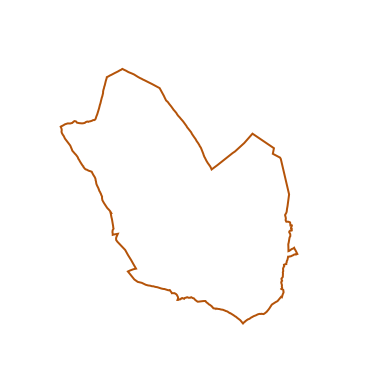 Kiteto, Manyara, United Republic of Tanzania, rotated 332°
{"feature_id": "72390352B80776151350042", "entity_name": "Kiteto", "entity_type": "district", "adm_level": 2, "iso_a3": "TZA", "parent_name": "United Republic of Tanzania", "parent_adm1": "Manyara", "projection": "robinson", "projection_center": [36.709, -5.194], "detail": "fine", "context": "isolated", "style": "outline", "palette": "amber", "viewbox_px": 384, "rotation_deg": 332, "n_neighbors": 0, "source": "geoboundaries", "source_scale": "gbopen_adm2", "svg_char_len": 6001}
<svg xmlns="http://www.w3.org/2000/svg" viewBox="0 0 384 384"><g transform="rotate(332 192 192)"><path d="M107.6,252.2L109.4,253.9L111.1,255.1L112.4,256.4L113.6,257.1L115.0,258.5L116.7,259.8L119.7,262.9L121.1,264.1L122.1,264.7L125.0,267.7L126.3,268.1L126.5,268.7L126.4,269.5L126.6,270.1L126.7,270.8L126.8,271.5L126.7,271.9L127.2,272.1L128.0,272.6L128.9,273.0L129.3,273.4L129.4,273.8L130.0,274.6L130.3,275.6L130.3,277.9L130.1,278.8L129.7,279.4L128.5,280.5L129.0,280.8L129.4,280.8L130.6,280.9L130.8,281.0L131.0,281.2L131.4,281.3L131.9,281.1L132.3,281.1L132.8,280.9L133.1,281.2L133.8,281.2L134.2,281.7L134.7,282.2L134.9,282.6L135.2,282.5L136.0,282.2L137.6,282.6L138.3,282.6L139.1,283.5L139.5,283.9L140.8,284.5L141.7,284.5L142.0,284.6L142.1,284.8L142.8,286.0L143.6,286.6L143.8,287.2L144.1,288.5L144.3,289.1L145.4,291.4L146.3,291.9L150.5,293.5L152.2,294.3L152.7,294.6L152.8,295.0L152.9,296.1L153.6,297.4L154.2,299.2L154.8,300.0L155.4,301.4L155.7,301.8L155.8,302.8L156.0,303.1L156.3,304.7L156.6,304.8L157.0,305.3L158.4,306.2L158.4,306.5L159.0,306.5L159.4,306.8L160.0,307.4L161.1,308.1L162.6,309.5L163.5,310.1L164.2,310.7L164.9,311.6L165.3,312.0L166.0,313.0L166.4,313.3L167.2,314.2L167.9,315.6L168.6,316.8L168.9,316.9L170.8,320.2L171.8,322.2L172.3,322.9L172.8,324.3L174.2,327.3L174.5,328.1L175.3,332.1L175.5,332.1L175.8,331.8L176.4,331.6L177.3,331.4L177.8,331.4L178.8,331.0L179.7,331.0L180.3,330.8L181.3,330.8L181.8,330.7L182.6,330.9L183.4,330.9L185.4,330.6L186.0,330.6L186.4,330.7L187.4,330.6L188.3,330.6L190.5,330.9L192.5,330.9L194.0,331.2L194.8,331.5L195.6,332.1L196.0,332.1L196.4,332.3L197.7,333.3L198.2,333.4L198.8,333.3L199.1,333.3L199.9,333.2L202.2,332.7L202.6,332.4L203.3,332.2L205.5,331.2L209.6,328.9L210.6,328.8L214.1,328.5L216.3,328.5L221.4,326.4L221.5,326.7L221.9,327.2L222.0,327.1L224.1,324.9L224.8,324.4L225.8,323.5L225.9,323.0L226.1,322.8L226.2,322.3L226.6,321.5L226.6,321.2L226.2,320.2L225.4,319.8L225.3,319.5L225.9,319.3L226.5,318.9L226.7,318.7L226.9,317.7L227.7,316.5L228.2,314.0L228.6,313.4L228.9,313.4L229.4,312.8L229.6,312.8L229.9,312.7L230.0,312.1L229.9,311.6L230.4,310.4L231.1,310.2L232.3,309.6L234.2,306.4L234.4,305.7L234.8,305.2L235.4,304.7L236.3,302.6L236.6,302.2L237.8,301.2L238.5,300.9L238.7,300.6L238.8,299.8L239.0,299.4L240.8,299.6L241.4,299.9L241.7,299.3L242.2,298.8L242.7,298.4L242.8,298.1L243.3,297.5L244.3,296.8L245.2,295.8L246.5,294.2L247.4,294.7L247.9,294.7L248.2,294.9L249.3,295.2L250.5,295.2L251.6,295.3L252.8,295.2L254.3,295.6L255.0,295.5L255.4,295.6L255.1,296.1L255.9,296.2L256.0,292.9L255.9,290.4L256.0,289.2L254.8,289.4L253.1,289.2L251.4,289.5L250.1,289.6L249.4,289.5L250.6,287.2L252.5,283.3L253.6,282.1L256.6,278.2L257.0,277.8L258.1,277.1L258.8,275.7L259.0,275.1L259.0,274.3L258.9,273.6L259.0,273.0L259.5,272.5L260.6,272.2L261.5,272.6L261.8,272.8L262.0,272.8L262.3,271.9L262.6,271.7L262.8,271.3L262.7,271.1L262.4,270.9L262.3,270.7L262.4,270.4L262.8,269.9L263.6,269.4L264.5,268.4L264.5,268.2L264.4,268.1L263.2,267.7L264.2,265.3L264.3,264.9L263.5,263.9L263.1,263.5L262.7,263.2L261.6,262.7L261.3,262.5L261.3,262.3L261.4,261.1L261.5,260.7L262.2,259.8L262.5,259.3L262.8,258.4L263.2,256.7L263.3,256.2L263.5,255.9L265.3,254.8L266.3,253.9L267.9,251.6L269.8,249.2L276.6,239.7L285.9,204.6L285.9,203.0L281.3,196.2L284.9,191.8L272.8,168.9L261.1,173.3L249.0,176.4L246.1,176.7L227.1,180.2L219.9,181.3L220.0,180.5L220.1,177.7L219.9,177.0L219.9,176.4L219.5,173.6L219.5,173.0L219.4,171.6L219.4,171.2L219.4,170.3L219.5,167.5L219.4,166.9L219.5,166.1L219.6,165.7L219.6,165.0L219.9,163.6L220.6,157.4L220.6,156.6L220.4,155.4L220.5,153.7L220.4,153.1L220.4,152.1L220.0,149.1L220.0,147.1L219.6,144.1L219.2,140.4L219.3,139.0L218.4,134.0L218.1,132.6L218.1,131.2L217.3,125.5L216.4,121.6L216.2,120.5L215.6,118.3L215.3,116.4L215.3,115.8L215.3,115.1L214.9,113.1L214.5,111.3L214.3,110.8L214.3,110.2L213.8,106.6L213.2,103.5L212.9,101.2L212.1,99.0L212.2,95.3L212.3,94.4L212.2,85.1L207.4,77.9L205.1,74.7L202.5,71.0L201.2,69.3L200.7,68.4L199.8,67.3L198.3,65.0L196.0,61.0L194.6,59.2L192.1,56.2L190.6,53.8L189.3,52.1L188.3,50.6L188.1,50.6L186.9,50.8L185.2,50.7L183.5,50.8L179.5,50.7L175.8,50.7L174.0,50.6L172.5,50.7L170.7,50.6L170.2,51.3L168.0,53.5L164.9,57.0L163.9,57.9L163.2,58.8L161.6,60.4L160.5,61.8L160.0,62.8L157.6,65.5L156.8,66.2L154.7,68.5L152.7,70.8L151.8,71.6L149.2,74.5L144.7,79.0L142.9,80.5L141.3,82.1L140.3,82.6L139.4,82.6L139.0,82.3L138.3,82.1L137.0,82.1L135.3,81.8L134.2,81.4L133.4,81.4L132.6,80.6L131.8,80.5L130.7,80.4L130.3,80.6L129.5,80.6L127.8,80.1L126.5,79.4L124.7,78.2L123.0,76.8L122.8,75.5L122.6,75.1L121.5,74.2L121.2,74.2L119.9,74.5L119.5,74.5L118.8,74.8L118.5,74.8L117.7,74.5L117.4,74.5L117.1,74.5L116.2,74.1L114.5,73.1L111.7,72.6L110.9,72.6L110.1,72.7L108.3,72.7L107.6,72.6L106.7,72.7L106.6,74.3L106.3,75.6L105.7,76.7L105.1,77.5L104.9,78.2L104.8,78.7L104.8,80.9L105.0,81.7L105.0,83.0L104.9,85.2L106.3,93.8L105.9,98.4L105.7,99.2L106.5,102.7L106.5,103.0L106.8,103.8L107.0,104.6L107.4,107.1L107.4,108.4L107.2,109.1L107.4,110.2L107.4,112.2L107.5,114.0L107.6,114.9L107.6,115.7L107.7,116.1L107.7,116.5L107.9,117.9L108.1,118.3L107.9,118.9L108.0,119.4L108.1,119.8L108.2,120.7L108.6,121.8L108.9,122.3L109.3,122.6L109.6,122.9L109.9,123.5L111.2,125.2L112.1,126.0L112.5,126.6L112.9,126.9L113.0,127.4L112.9,128.2L112.9,130.4L113.1,133.1L113.0,134.7L112.8,135.5L112.3,136.7L112.3,137.3L111.5,139.5L111.3,140.5L111.2,142.0L111.1,145.1L110.9,145.9L110.9,146.4L110.7,147.4L110.8,149.1L110.7,149.6L110.7,151.1L110.5,151.8L110.5,152.6L110.4,153.9L109.7,155.1L109.0,157.3L109.1,160.6L109.6,165.9L109.9,167.3L110.2,168.1L110.7,170.5L110.8,172.4L110.3,172.1L110.0,173.4L109.1,176.2L108.5,178.6L106.3,185.2L105.7,186.6L105.7,187.0L105.6,187.4L105.2,187.8L104.2,188.3L103.4,189.3L102.7,190.6L102.6,191.2L102.2,192.0L101.9,192.6L102.9,192.8L106.9,194.1L104.1,196.3L103.3,197.1L102.5,198.8L102.8,201.0L105.8,211.8L105.9,217.6L106.3,223.5L106.4,228.1L106.6,233.4L104.1,232.7L100.3,232.2L98.1,232.1L100.0,242.1L101.9,245.9L105.0,248.6L107.6,252.2Z" fill="none" stroke="#b45309" stroke-width="2"/></g></svg>